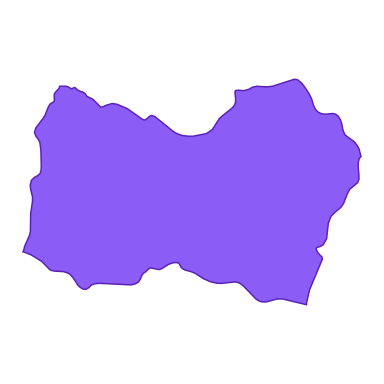 Libertador General Bernardo O'Higgins, orthographic projection
{"feature_id": "CHL-2703", "entity_name": "Libertador General Bernardo O'Higgins", "entity_type": "Region", "adm_level": 1, "iso_a3": "CHL", "parent_name": "Chile", "parent_adm1": "", "projection": "orthographic", "projection_center": [-71.138, -34.463], "detail": "fine", "context": "isolated", "style": "filled", "palette": "violet", "viewbox_px": 384, "rotation_deg": 0, "n_neighbors": 0, "source": "natural_earth", "source_scale": "10m", "svg_char_len": 2408}
<svg xmlns="http://www.w3.org/2000/svg" viewBox="0 0 384 384"><path d="M361.0,156.7L359.4,158.2L358.2,162.7L358.3,168.7L358.9,174.5L359.0,179.1L357.5,182.8L349.7,189.3L347.4,193.7L343.6,203.4L340.8,207.4L333.9,213.2L330.8,216.6L328.3,223.4L326.6,238.7L323.1,244.9L319.8,246.7L317.1,247.3L316.0,248.5L317.4,252.0L319.8,254.9L321.8,256.7L322.4,259.1L309.5,289.9L306.3,304.1L306.4,304.7L282.8,299.0L279.2,298.9L276.3,299.2L266.8,301.8L264.0,302.0L261.1,301.7L258.4,300.6L256.8,299.6L256.0,299.0L242.8,285.4L239.0,282.8L235.1,281.9L221.3,283.4L216.9,283.2L210.9,281.9L203.7,278.8L195.1,273.3L190.7,271.5L185.1,270.1L182.4,268.6L180.8,267.0L179.7,264.5L178.9,263.5L178.1,262.9L175.9,262.5L173.0,262.8L168.5,264.4L161.9,268.6L159.1,269.6L150.5,267.9L148.6,268.9L146.2,271.3L145.1,272.2L143.4,273.2L142.3,274.7L140.0,279.7L138.5,282.0L135.4,283.9L131.1,284.9L98.9,283.3L94.3,283.9L91.3,285.1L89.8,286.7L88.0,288.2L85.8,289.3L83.3,289.2L80.2,287.4L78.2,285.6L73.0,277.6L69.9,274.2L67.6,272.9L63.4,271.6L54.5,271.1L51.6,270.5L49.5,269.4L42.0,261.6L31.2,254.9L23.3,251.8L23.0,251.8L23.9,249.6L24.6,246.4L29.5,235.3L30.4,231.3L30.7,213.5L32.5,201.2L32.5,196.8L30.7,189.5L30.2,185.3L31.4,180.4L34.2,177.6L37.5,175.7L40.0,173.6L41.0,170.6L41.3,166.6L40.9,150.5L39.8,142.2L38.2,139.3L35.8,136.0L34.5,132.3L35.8,127.9L43.3,118.1L45.3,114.7L48.0,107.6L50.0,104.1L54.1,101.5L54.4,99.1L54.2,96.4L54.3,94.2L55.1,92.6L58.8,88.7L59.8,86.2L60.1,86.2L65.2,86.2L66.8,86.4L68.2,86.9L70.2,88.2L71.5,88.7L73.1,88.2L74.0,87.7L75.0,87.5L77.0,89.5L78.2,90.4L79.8,91.2L82.7,92.0L85.3,93.7L86.3,95.7L87.2,96.5L92.8,99.2L100.9,107.3L104.1,106.3L105.5,105.5L111.8,103.6L114.0,103.7L117.3,104.4L127.3,108.6L141.5,118.7L143.3,119.7L145.2,120.0L147.3,118.4L149.1,116.6L151.5,115.5L154.8,116.5L173.9,132.0L178.3,134.2L182.5,135.5L188.4,136.2L193.0,136.2L206.1,133.7L209.5,131.6L212.5,129.3L219.2,118.8L222.0,116.1L231.6,108.5L233.5,106.5L234.7,104.7L235.5,102.3L235.6,99.5L235.6,99.2L235.0,92.2L235.3,90.8L236.7,90.3L238.8,90.2L243.6,90.7L246.8,89.9L249.3,89.1L251.2,87.9L253.4,86.9L257.0,86.3L267.1,86.9L272.6,86.2L294.2,79.3L297.3,79.6L301.3,82.7L304.5,86.8L308.7,93.1L311.7,99.1L313.3,104.7L314.9,108.5L317.5,111.7L321.7,113.8L325.6,114.2L332.7,113.5L335.6,114.1L338.2,116.2L340.2,119.4L341.8,123.9L342.5,128.3L343.5,131.5L345.0,134.9L354.3,141.8L357.0,145.3L359.0,148.7L361.0,156.7Z" fill="#8b5cf6" stroke="#5b21b6" stroke-width="1.5"/></svg>